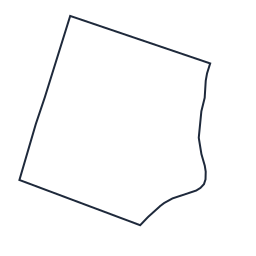 the district of Mason, Michigan, United States of America, rotated 198°
{"feature_id": "52423323B31744681172371", "entity_name": "Mason", "entity_type": "district", "adm_level": 2, "iso_a3": "USA", "parent_name": "United States of America", "parent_adm1": "Michigan", "projection": "equal_earth", "projection_center": [-86.383, 43.997], "detail": "fine", "context": "isolated", "style": "outline", "palette": "slate", "viewbox_px": 256, "rotation_deg": 198, "n_neighbors": 0, "source": "geoboundaries", "source_scale": "gbopen_adm2", "svg_char_len": 457}
<svg xmlns="http://www.w3.org/2000/svg" viewBox="0 0 256 256"><g transform="rotate(198 128 128)"><path d="M217.6,216.7L216.6,131.6L216.9,103.4L215.2,45.0L86.4,39.3L82.3,47.8L81.2,50.0L73.5,63.3L73.4,63.6L70.3,68.0L63.9,74.8L43.8,89.6L40.6,93.4L38.4,98.1L38.4,103.1L40.6,110.5L43.3,115.8L50.2,126.0L50.8,127.2L52.4,130.3L57.7,140.6L63.4,166.6L64.4,180.4L68.7,197.1L69.7,204.4L69.8,214.8L217.6,216.7Z" fill="none" stroke="#1e293b" stroke-width="2"/></g></svg>